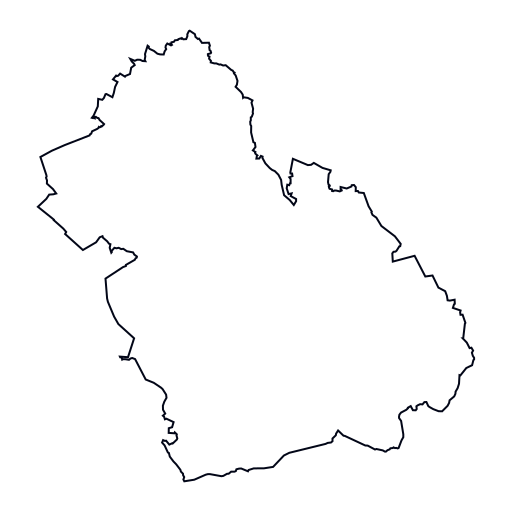 Tullamore Lea-7, Offaly, Ireland (Albers equal-area conic projection)
{"feature_id": "5873133B47279722730616", "entity_name": "Tullamore Lea-7", "entity_type": "district", "adm_level": 2, "iso_a3": "IRL", "parent_name": "Ireland", "parent_adm1": "Offaly", "projection": "albers", "projection_center": [-7.574, 53.293], "detail": "fine", "context": "isolated", "style": "outline", "palette": "ink", "viewbox_px": 512, "rotation_deg": 0, "n_neighbors": 0, "source": "geoboundaries", "source_scale": "gbopen_adm2", "svg_char_len": 5360}
<svg xmlns="http://www.w3.org/2000/svg" viewBox="0 0 512 512"><path d="M371.8,211.6L368.6,206.3L363.8,193.0L358.8,192.5L357.9,191.0L355.7,191.1L355.8,187.2L354.0,185.0L351.7,185.2L351.4,186.5L346.7,188.5L340.6,187.0L340.6,189.4L341.4,189.7L341.7,190.5L339.8,191.4L335.9,190.5L334.5,190.5L333.2,191.2L332.1,191.0L332.1,189.5L329.6,188.8L329.1,187.8L328.8,186.3L329.8,185.8L329.7,185.4L328.5,184.4L328.0,182.1L328.7,174.2L330.4,171.8L330.7,170.3L322.5,167.9L313.8,162.9L311.1,164.8L307.9,165.1L292.9,158.8L290.3,172.5L290.5,173.5L292.1,173.5L292.5,176.1L289.3,177.3L290.6,179.0L290.6,183.0L290.2,182.9L289.2,185.2L287.3,184.7L286.7,188.3L288.6,194.1L291.6,193.4L290.7,196.1L296.1,199.0L296.1,201.2L293.8,205.0L289.7,200.0L284.1,195.2L281.7,184.9L281.1,179.9L278.4,174.7L274.8,171.1L272.1,169.9L269.8,168.1L265.4,163.4L262.4,157.9L262.6,156.6L260.9,155.9L259.3,158.5L256.4,158.6L256.9,155.8L257.4,155.4L255.5,153.8L255.0,152.7L255.4,152.0L252.9,150.4L255.5,147.0L254.9,142.9L253.4,142.2L251.1,132.5L251.2,126.0L250.4,124.6L250.2,121.7L250.8,120.4L250.8,117.4L251.8,116.7L253.0,113.5L252.7,112.2L253.1,108.7L251.5,102.7L252.5,100.4L247.8,97.9L243.7,97.3L243.1,97.8L242.7,94.6L241.0,92.0L235.6,86.8L236.9,84.7L237.5,80.9L235.7,75.5L234.0,73.4L234.5,72.6L233.7,72.2L232.7,70.6L231.2,69.9L225.7,65.2L223.1,65.5L220.6,64.4L219.3,64.6L216.3,63.4L214.3,63.4L210.7,62.4L210.9,60.8L209.1,58.7L209.5,56.6L208.3,56.1L207.9,55.1L207.9,54.1L210.7,53.3L211.1,52.7L210.6,50.9L209.6,50.1L209.2,47.1L209.9,45.7L208.9,42.7L202.0,42.9L199.0,38.6L197.9,39.0L195.5,36.9L194.9,34.2L189.7,30.7L188.9,31.1L187.3,34.3L187.4,36.1L186.2,39.1L183.3,39.3L181.9,38.1L181.3,38.8L180.5,38.4L178.3,39.2L177.8,40.0L174.9,40.3L173.9,41.8L171.5,42.3L171.4,43.4L170.8,43.5L171.9,44.9L171.0,45.4L167.3,43.5L165.8,45.6L165.5,47.5L166.2,49.1L164.6,51.4L163.7,54.5L160.1,54.4L157.4,53.7L153.9,50.9L149.8,49.0L148.5,47.6L148.8,46.6L147.6,45.7L145.0,54.1L145.3,56.4L144.7,59.8L145.4,61.2L142.5,61.0L140.2,59.8L137.2,59.7L134.8,60.8L130.3,58.9L131.8,61.5L134.1,63.8L134.7,65.1L131.2,67.7L130.0,74.0L125.1,76.1L124.9,76.6L120.1,73.6L118.2,75.7L116.7,76.1L116.1,75.6L113.0,79.4L117.5,82.0L115.1,86.9L113.8,93.0L112.4,97.2L106.4,94.0L105.5,94.2L103.9,98.0L102.3,99.8L98.2,98.9L97.8,106.4L93.6,115.6L91.9,117.8L93.0,118.1L93.4,117.5L94.8,118.3L94.9,116.9L95.8,116.8L97.4,118.0L98.5,118.1L99.7,120.1L104.1,124.1L103.8,124.6L101.8,126.4L101.2,126.1L100.6,127.0L99.5,127.3L98.9,126.9L98.3,128.1L97.2,128.9L92.1,131.3L91.2,133.7L90.0,134.3L89.6,135.4L64.7,145.1L51.9,150.7L40.4,157.0L46.4,175.2L46.6,176.6L46.0,177.7L47.0,180.4L46.9,183.6L53.0,189.1L56.2,193.5L53.3,194.3L49.2,194.6L46.3,198.9L37.9,206.8L52.0,218.1L53.9,219.7L53.7,220.1L63.3,228.6L66.2,232.0L65.1,234.0L82.9,250.0L96.1,242.3L99.7,237.3L102.5,236.2L103.0,237.7L107.2,241.3L109.0,243.7L110.4,244.2L109.7,247.8L111.3,252.7L111.8,252.1L111.6,251.0L114.4,247.8L116.5,248.3L118.7,247.8L121.2,249.1L123.3,248.8L126.8,251.2L133.1,252.4L134.3,254.6L136.9,256.5L136.7,257.6L135.5,258.4L134.8,259.8L125.9,264.9L125.9,266.0L123.0,267.1L105.5,278.6L107.1,298.5L107.9,301.8L114.1,316.6L118.4,324.1L134.1,338.3L128.0,357.2L119.9,356.6L120.2,357.3L121.7,357.4L122.2,359.6L122.9,359.2L125.2,359.2L129.0,359.8L130.5,358.5L132.2,358.0L135.1,359.1L145.7,379.5L153.8,382.8L161.2,387.8L162.6,389.1L166.1,394.6L166.5,397.8L164.3,401.7L162.9,405.7L163.0,409.7L165.2,413.6L162.9,415.7L164.1,416.7L164.9,419.3L166.4,418.7L173.6,422.1L172.1,427.2L168.8,428.2L168.7,432.9L174.5,433.3L174.8,432.4L176.8,434.3L176.5,435.4L177.3,438.5L176.8,439.6L172.7,443.5L172.3,443.2L169.3,444.6L166.1,440.7L164.9,440.9L163.1,440.1L162.1,442.6L164.6,445.4L167.9,452.5L168.9,453.0L169.8,456.6L173.4,461.4L176.2,464.3L180.4,469.8L180.9,471.6L183.0,473.7L183.1,475.2L184.2,477.1L183.4,479.5L184.3,481.3L194.3,479.7L205.7,474.7L208.0,474.1L209.8,474.1L221.4,476.2L223.3,475.9L227.0,473.8L228.7,473.7L231.1,471.7L234.4,471.7L235.8,471.1L236.4,469.3L239.1,468.6L241.2,468.5L248.0,471.3L248.6,470.0L253.7,468.4L264.1,468.3L273.1,466.9L283.9,455.5L289.3,452.8L325.6,443.9L327.7,442.9L331.0,442.5L332.5,441.2L332.5,438.5L335.8,435.3L336.1,433.6L338.1,430.5L343.5,435.7L344.8,435.9L365.3,445.5L367.7,445.6L375.0,449.5L376.4,449.0L382.8,450.4L384.9,451.6L385.9,451.6L387.5,450.2L389.6,449.4L390.4,448.3L392.9,448.0L393.5,447.4L395.0,448.1L396.2,447.9L397.7,448.4L398.6,448.0L401.5,440.4L403.3,437.2L403.3,434.2L401.1,420.9L399.1,418.1L399.0,416.9L399.4,414.7L401.0,412.6L406.3,409.8L408.0,408.2L407.9,407.7L410.7,406.1L412.9,410.2L415.7,410.3L416.7,409.0L416.4,406.3L417.6,405.4L420.1,404.2L422.5,404.4L424.4,402.1L426.4,402.0L428.3,406.1L429.5,407.0L433.2,409.1L438.6,411.2L442.1,411.3L447.6,405.8L449.1,402.9L449.6,400.3L454.2,396.4L455.4,393.8L455.6,391.6L457.6,388.2L459.0,383.8L459.5,375.1L460.4,375.4L466.3,368.0L472.1,365.2L473.4,360.1L474.1,359.4L474.1,357.8L472.8,355.8L471.9,352.7L473.1,350.6L471.4,347.7L469.6,348.1L466.8,342.6L462.8,338.4L463.2,338.4L464.9,323.7L465.4,322.9L462.6,314.7L460.5,314.8L460.1,312.3L460.6,310.5L452.9,307.9L454.0,304.4L454.8,303.8L454.6,299.7L449.9,300.6L447.6,300.3L446.9,295.8L445.2,291.2L438.4,287.6L432.5,275.5L425.3,276.5L414.6,255.8L392.8,261.6L392.3,253.4L393.5,251.8L395.5,251.6L396.5,250.8L399.3,246.4L400.2,246.2L400.7,243.9L394.9,236.3L381.4,226.0L376.4,217.7L372.5,214.9L371.4,212.4L371.8,211.6Z" fill="none" stroke="#020617" stroke-width="2"/></svg>